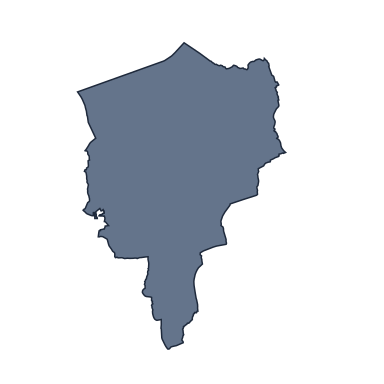 Sao Hai, Saraburi, Thailand, rotated 166°
{"feature_id": "78962969B47603899438932", "entity_name": "Sao Hai", "entity_type": "district", "adm_level": 2, "iso_a3": "THA", "parent_name": "Thailand", "parent_adm1": "Saraburi", "projection": "orthographic", "projection_center": [100.84, 14.59], "detail": "fine", "context": "isolated", "style": "filled", "palette": "slate", "viewbox_px": 384, "rotation_deg": 166, "n_neighbors": 0, "source": "geoboundaries", "source_scale": "gbopen_adm2", "svg_char_len": 5942}
<svg xmlns="http://www.w3.org/2000/svg" viewBox="0 0 384 384"><g transform="rotate(166 192 192)"><path d="M97.0,235.1L95.4,237.5L94.4,239.8L94.3,240.9L94.9,243.8L94.9,244.7L94.7,245.6L94.0,247.4L93.3,248.4L90.5,251.7L89.8,252.4L88.3,253.3L87.5,253.9L87.0,254.4L86.7,255.2L86.5,259.9L86.3,260.3L85.5,260.3L85.6,263.0L85.2,263.2L85.2,263.4L85.6,265.0L85.8,266.8L85.1,268.1L85.6,269.0L85.9,270.1L85.8,271.1L85.9,272.4L86.1,273.0L85.8,273.1L85.2,273.2L84.7,273.4L84.6,273.7L84.7,274.2L84.5,274.4L83.0,274.6L82.0,274.8L81.9,274.9L82.8,278.2L83.1,278.3L84.1,278.2L84.4,278.5L84.8,280.1L84.7,280.7L84.8,284.3L85.5,285.4L86.2,285.9L86.3,286.2L87.2,295.2L86.7,295.5L86.5,298.2L86.6,298.5L87.2,299.3L87.6,301.2L88.4,302.1L89.5,304.1L89.9,303.1L90.4,302.5L90.9,302.2L91.8,302.5L93.8,304.4L94.7,304.8L96.2,304.8L98.0,304.7L100.1,303.7L100.6,303.7L101.3,304.0L103.5,303.9L104.1,303.7L105.3,303.0L106.7,301.9L107.0,301.5L107.1,300.3L107.5,298.8L108.4,297.8L108.8,297.5L109.1,297.4L109.6,297.6L110.6,298.5L111.7,298.8L112.4,300.0L113.6,300.0L115.7,300.3L116.6,301.2L117.6,301.8L117.9,302.8L118.3,303.2L119.1,303.9L120.8,304.9L121.3,304.8L122.6,303.8L125.5,303.1L126.8,303.0L128.9,303.2L129.3,303.7L129.7,305.3L130.5,305.6L131.6,306.2L132.0,307.1L133.5,308.1L134.6,307.9L135.0,308.0L136.4,308.8L137.4,310.0L138.4,310.1L139.1,310.5L139.9,311.9L140.8,312.4L141.7,314.1L142.8,314.8L150.9,324.6L163.6,338.7L174.8,331.3L178.9,328.9L186.5,326.2L187.9,325.9L278.8,316.8L276.7,311.1L276.4,310.0L276.0,308.4L274.9,301.7L275.0,299.5L274.9,296.1L275.4,291.4L275.1,291.1L275.8,284.6L272.4,267.5L278.5,264.6L279.7,263.6L281.8,261.4L284.8,258.6L285.7,258.1L286.3,258.0L284.4,257.4L283.7,256.7L283.6,255.8L283.9,254.1L283.8,253.5L283.2,252.1L283.2,250.8L283.6,249.4L283.7,247.8L284.8,247.7L285.2,247.5L285.3,247.3L286.2,242.4L286.6,241.6L287.0,241.3L288.4,240.8L288.6,240.6L288.9,239.6L289.2,239.2L289.6,239.2L290.1,239.4L290.6,239.3L291.4,238.0L290.4,237.2L290.2,237.0L290.2,234.9L290.4,232.7L291.0,230.3L291.0,228.2L291.5,227.2L291.5,226.7L291.0,225.2L290.8,223.9L291.5,222.7L291.8,221.8L292.5,220.6L292.8,219.5L292.9,217.9L293.3,217.4L293.4,215.3L293.0,212.9L293.1,212.3L293.1,210.3L293.6,208.1L294.0,207.7L295.8,206.9L299.6,201.8L300.0,201.6L301.0,201.4L301.3,201.0L301.9,200.9L302.1,200.6L301.5,199.7L300.6,198.5L299.9,197.2L299.1,196.2L295.4,193.5L294.2,193.0L293.3,192.8L293.2,194.2L292.7,195.9L291.6,195.7L291.8,193.9L292.2,193.0L292.1,192.3L292.7,189.8L290.3,189.2L290.2,190.2L290.9,191.5L290.3,193.3L290.4,194.3L290.0,196.2L285.4,198.3L284.8,195.6L283.8,195.6L282.5,196.4L282.2,195.1L281.9,194.7L282.0,194.3L282.4,194.0L282.1,193.4L282.4,192.6L284.1,192.7L284.2,192.2L285.5,191.9L286.4,192.2L287.2,192.1L288.0,191.4L287.1,191.0L285.4,190.6L284.4,190.3L283.9,190.0L282.9,189.8L282.8,188.8L282.9,187.2L284.2,184.5L283.2,184.0L281.1,179.6L281.7,179.7L283.7,179.8L284.4,180.0L284.9,179.0L286.1,177.3L286.9,177.5L287.3,177.4L290.1,177.5L290.3,177.4L290.3,176.7L291.5,176.8L292.3,175.1L293.8,171.2L292.9,170.9L291.3,171.0L289.3,170.2L286.0,167.0L285.7,166.5L285.6,161.0L285.4,159.6L284.1,156.3L283.3,153.7L282.1,152.2L281.8,151.6L282.0,150.1L282.6,148.0L282.2,146.9L281.9,146.7L280.6,146.9L279.8,146.1L279.3,145.9L275.8,145.2L273.4,143.7L270.8,143.4L268.3,142.6L265.1,141.9L263.3,141.7L261.5,141.1L261.3,140.7L258.7,141.0L257.4,140.7L252.5,140.2L250.3,139.8L251.0,137.2L251.1,134.3L251.3,132.9L252.6,128.6L253.2,128.2L253.0,127.3L253.0,126.7L254.1,125.9L254.6,124.4L254.6,123.3L254.7,123.0L256.5,120.6L257.3,118.7L258.1,118.4L258.8,117.1L259.6,116.5L259.4,115.4L260.1,114.5L260.5,113.8L260.1,112.7L260.8,109.9L261.8,109.7L262.6,109.2L263.4,108.7L263.9,108.0L264.4,106.8L264.4,106.2L263.7,104.1L262.6,102.3L261.5,101.6L257.7,100.2L256.7,99.5L257.5,96.5L257.4,96.0L256.8,95.6L256.9,95.1L257.5,94.0L257.1,93.2L257.1,92.9L258.5,92.1L258.7,91.7L258.5,90.4L258.8,89.5L258.5,87.2L258.7,86.7L259.1,86.0L259.3,85.3L259.6,83.5L259.6,81.5L259.5,79.9L259.2,78.5L258.8,77.5L257.9,76.5L257.1,76.0L252.7,75.7L253.9,70.7L255.1,67.2L254.9,66.6L256.6,57.8L256.5,56.3L255.2,50.2L254.6,48.1L253.8,46.1L253.5,45.5L253.0,45.3L251.8,45.3L250.1,46.6L249.4,46.8L246.5,46.8L244.4,46.7L237.0,47.9L236.9,49.1L237.6,50.6L237.6,51.0L236.0,53.6L235.7,54.5L235.3,54.7L234.9,55.4L234.6,55.5L234.8,56.1L234.6,56.7L234.5,58.3L234.2,59.5L234.3,60.1L234.1,60.7L234.3,61.2L234.0,61.5L233.5,61.8L233.0,62.8L232.6,63.1L232.7,63.6L231.5,63.8L231.1,64.2L230.5,64.4L230.1,64.6L229.1,64.8L228.3,65.8L227.6,65.7L227.0,65.5L226.6,65.8L226.1,65.8L225.0,66.8L224.2,67.1L224.0,67.5L222.6,68.0L222.2,69.6L221.6,70.8L221.5,71.1L220.8,71.5L220.5,72.1L220.5,72.5L220.1,72.9L220.0,73.3L219.1,73.5L218.7,74.4L218.1,74.5L217.4,73.8L216.8,73.8L216.6,74.0L216.1,75.0L215.4,75.1L215.1,75.0L214.7,77.9L214.2,79.6L213.8,81.6L213.6,86.2L213.7,88.0L213.2,94.4L212.6,100.9L211.9,104.6L211.2,106.5L208.9,111.2L207.5,113.2L206.1,114.9L204.1,116.9L199.3,119.6L199.1,122.6L198.8,124.3L198.9,125.3L198.8,126.5L198.2,127.7L199.3,129.2L198.7,131.0L195.0,132.1L184.8,133.4L181.3,133.6L171.7,133.0L171.4,133.1L170.9,134.0L170.9,135.8L170.4,137.8L170.8,146.4L170.3,149.1L170.5,150.7L172.0,152.4L171.4,153.6L171.1,156.4L170.8,157.1L168.1,161.3L165.0,164.5L158.4,170.0L157.8,171.2L144.2,172.3L130.4,173.2L129.6,173.5L129.0,173.9L128.6,176.5L128.1,177.5L128.0,179.0L128.1,179.6L127.9,181.0L127.7,181.5L126.5,182.3L124.9,185.9L124.6,187.2L124.5,190.0L124.2,192.0L124.2,193.2L122.3,195.9L122.4,196.9L122.0,198.6L116.2,200.0L114.6,201.6L113.5,202.2L110.9,202.5L108.9,202.3L108.6,202.6L108.3,203.9L108.1,204.0L104.7,204.6L103.4,205.1L99.6,205.5L99.3,206.1L98.8,206.0L98.4,207.7L96.7,207.6L94.2,207.9L93.9,207.4L91.6,207.7L93.0,209.8L94.3,212.9L94.5,215.3L94.2,218.3L94.6,220.4L95.2,222.0L95.4,222.3L96.8,223.4L96.1,224.1L95.1,224.5L95.1,225.6L95.4,226.3L95.5,228.3L96.2,229.5L96.3,230.6L97.2,230.7L97.5,231.2L97.5,231.9L96.4,232.7L96.3,233.0L96.4,233.3L97.1,233.9L97.2,234.3L97.0,235.1Z" fill="#64748b" stroke="#1e293b" stroke-width="1.5"/></g></svg>